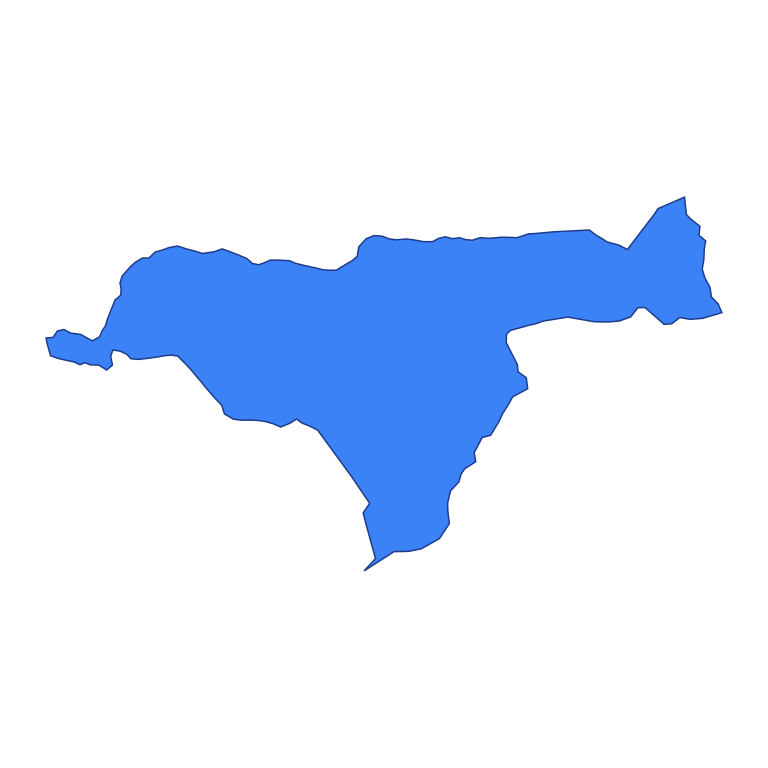 Imaculada, Paraíba, Brazil (Albers equal-area conic projection)
{"feature_id": "56859067B53075607206308", "entity_name": "Imaculada", "entity_type": "district", "adm_level": 2, "iso_a3": "BRA", "parent_name": "Brazil", "parent_adm1": "Paraíba", "projection": "albers", "projection_center": [-37.575, -7.393], "detail": "fine", "context": "isolated", "style": "filled", "palette": "blue", "viewbox_px": 768, "rotation_deg": 0, "n_neighbors": 0, "source": "geoboundaries", "source_scale": "gbopen_adm2", "svg_char_len": 2394}
<svg xmlns="http://www.w3.org/2000/svg" viewBox="0 0 768 768"><path d="M364.1,570.9L394.0,551.6L403.3,551.5L409.6,551.2L421.2,548.8L439.4,538.6L449.3,523.7L447.9,511.8L447.6,503.3L450.5,490.9L458.9,481.9L461.1,474.0L464.9,468.6L475.7,461.7L474.2,452.6L482.2,437.5L490.6,435.3L499.0,421.5L502.6,413.7L508.3,404.7L512.7,396.8L527.7,388.7L526.3,377.8L518.1,371.8L517.3,364.5L506.2,342.5L506.5,334.3L510.4,330.4L529.9,325.0L535.6,323.8L543.0,321.1L567.8,317.1L593.9,321.7L600.8,321.9L609.8,321.9L619.3,321.0L630.7,316.9L637.9,307.7L645.0,307.5L664.2,324.4L671.9,323.7L679.8,317.5L690.0,319.3L702.4,318.4L721.9,312.6L718.1,303.9L711.4,296.9L710.0,287.3L704.9,278.0L702.2,269.0L703.8,259.9L704.3,248.6L705.7,240.9L699.0,235.4L699.9,226.3L691.5,219.7L686.4,214.6L684.5,197.1L658.0,208.6L654.7,213.7L627.4,249.5L618.8,245.1L607.3,242.0L601.2,238.1L595.1,234.5L589.4,230.0L554.1,231.8L535.5,233.5L528.4,233.9L522.3,236.0L516.7,237.7L509.7,237.4L501.5,237.2L489.8,238.3L480.1,237.7L472.4,240.2L465.6,239.6L459.3,237.7L452.7,238.7L445.3,236.8L438.6,238.4L432.6,241.6L423.6,241.7L414.1,239.9L406.3,239.0L396.4,239.8L389.2,238.9L382.3,236.2L374.0,235.6L366.2,238.7L358.8,246.8L357.2,256.4L352.1,260.7L341.4,267.0L336.5,270.1L330.0,270.3L322.7,269.7L314.7,267.7L304.3,265.5L295.0,263.1L289.6,260.7L283.6,260.4L276.4,260.1L270.4,260.1L264.2,262.8L258.7,264.7L252.4,263.5L246.8,258.5L236.7,254.3L229.1,251.4L222.2,248.9L214.4,251.7L202.5,253.5L193.5,250.7L186.4,248.9L177.4,246.0L168.7,247.7L162.8,249.9L155.2,252.0L149.0,258.0L142.4,258.0L135.2,262.4L130.7,266.4L122.1,276.1L120.0,283.0L121.1,288.5L120.8,295.1L115.1,300.0L111.8,308.1L107.6,318.6L105.5,325.8L102.0,331.0L99.6,336.8L92.4,340.8L85.8,337.3L80.7,334.4L70.6,333.1L64.0,329.5L57.4,331.0L53.0,337.4L46.1,337.9L47.2,343.7L50.5,355.7L57.4,358.2L66.1,360.3L74.2,362.0L79.9,364.7L85.0,362.7L90.6,364.9L98.8,365.1L106.7,370.0L112.5,365.1L110.7,356.4L112.8,350.0L120.2,351.2L126.8,354.3L131.0,358.8L138.9,359.4L149.3,358.1L157.3,357.0L163.6,355.8L171.1,355.1L177.7,356.0L185.8,364.2L191.2,370.0L195.4,375.1L201.3,382.0L205.6,387.4L209.2,391.6L214.8,398.0L221.7,405.3L224.5,414.0L233.3,419.1L240.0,420.1L248.6,420.1L255.8,420.3L263.9,421.2L272.8,423.6L280.7,427.0L290.0,423.2L296.7,419.0L301.9,423.0L309.7,426.1L317.7,430.2L351.2,476.1L369.7,503.3L363.2,512.9L366.2,524.9L375.5,558.5L364.1,570.9Z" fill="#3b82f6" stroke="#1e3a8a" stroke-width="1.5"/></svg>